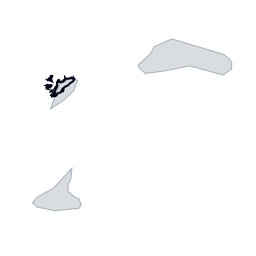 location of Nioumachioi, Moûhîlî, Comoros, rotated 102°
{"feature_id": "10938185B46959303700006", "entity_name": "Nioumachioi", "entity_type": "district", "adm_level": 2, "iso_a3": "COM", "parent_name": "Comoros", "parent_adm1": "Moûhîlî", "projection": "robinson", "projection_center": [43.69, -12.344], "detail": "medium", "context": "in_parent", "style": "outline", "palette": "ink", "viewbox_px": 256, "rotation_deg": 102, "n_neighbors": 0, "source": "geoboundaries", "source_scale": "gbopen_adm2", "svg_char_len": 2361}
<svg xmlns="http://www.w3.org/2000/svg" viewBox="0 0 256 256"><g transform="rotate(102 128 128)"><path d="M67.2,129.0L64.4,131.2L50.8,121.6L43.1,119.3L31.8,103.7L36.1,49.8L39.7,42.9L42.4,40.1L48.7,39.0L56.4,45.8L54.4,80.5L64.5,103.9L71.0,122.3L67.2,129.0ZM216.8,159.4L224.2,182.7L224.2,200.2L221.0,205.8L214.4,202.2L202.1,188.2L178.9,174.5L189.5,173.4L195.8,174.8L202.4,173.6L206.5,165.9L207.4,161.3L213.2,157.7L216.8,159.4ZM115.0,197.4L125.4,207.8L96.5,203.5L91.9,194.2L91.7,187.3L102.5,188.8L115.0,197.4Z" fill="#d9dde1" stroke="#a8b0b8" stroke-width="1"/><path d="M108.7,203.8L107.4,201.9L107.3,201.2L106.3,200.6L105.7,200.7L105.5,199.1L103.6,199.0L103.3,199.9L103.8,200.4L103.2,200.3L103.0,199.6L102.0,199.3L100.5,197.7L100.1,197.6L100.1,197.2L98.8,195.6L96.6,194.3L93.8,191.5L91.1,190.5L90.9,190.8L91.0,191.5L90.6,191.7L90.8,192.3L90.5,192.4L90.8,192.5L90.6,192.8L90.9,193.1L90.5,194.1L91.2,194.4L91.6,195.9L92.3,196.4L92.5,198.8L92.8,198.6L93.0,199.0L92.9,199.5L92.3,199.4L91.9,199.9L93.1,199.5L93.8,200.2L94.2,199.7L95.2,200.1L95.6,200.6L95.5,201.0L96.0,200.9L96.3,201.2L96.5,202.7L97.1,203.0L96.8,203.2L97.2,204.4L96.6,204.7L96.6,205.5L96.3,205.1L96.0,205.3L96.0,205.7L96.4,205.7L96.1,206.2L95.7,206.1L95.8,206.3L96.5,206.4L97.7,205.6L98.2,207.0L99.3,206.6L99.9,207.2L99.7,206.7L100.2,206.3L100.7,206.5L101.0,206.1L101.3,206.5L102.0,206.0L102.5,206.6L102.6,206.1L102.9,206.1L103.9,206.3L103.9,207.5L104.8,208.1L105.1,208.1L105.2,207.0L105.8,206.7L107.4,207.0L108.4,208.3L108.6,207.6L108.9,208.1L109.0,207.8L108.3,207.0L109.2,206.3L109.6,206.9L110.1,206.6L111.0,207.4L111.4,207.4L111.4,207.7L112.1,207.5L113.4,209.9L111.8,205.6L111.4,205.1L108.7,203.8ZM98.1,212.2L96.7,213.2L95.9,213.2L95.6,213.9L94.6,214.6L94.5,215.3L95.1,214.5L95.6,215.2L96.2,213.4L96.9,213.3L97.1,213.9L96.9,215.5L97.6,215.9L97.7,216.9L98.0,216.5L97.7,215.8L97.8,215.0L97.4,214.6L98.1,212.2ZM104.0,212.3L102.3,211.5L101.9,212.1L102.3,213.1L102.8,213.5L102.4,215.6L103.2,216.7L103.1,213.7L102.8,213.2L104.0,212.3ZM104.9,214.7L104.0,213.2L104.2,214.4L105.0,215.2L105.3,217.0L105.8,215.2L104.9,214.7ZM94.1,213.1L93.0,212.8L92.7,213.5L93.1,214.1L94.1,213.1ZM108.2,211.3L107.0,210.0L107.0,210.8L107.5,211.3L108.2,211.3ZM110.9,209.3L110.9,209.7L111.2,209.8L111.1,209.6L110.9,209.3ZM106.4,213.4L106.1,213.2L106.4,213.7L106.4,213.4Z" fill="none" stroke="#020617" stroke-width="2"/></g></svg>